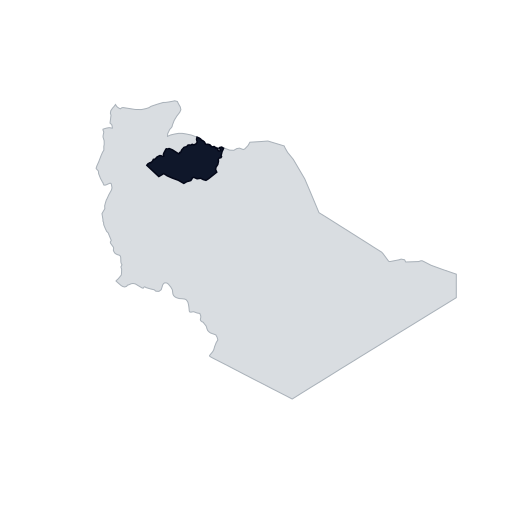 where Chari-Baguirmi sits in Chad, rotated 118°
{"feature_id": "TCD-5580", "entity_name": "Chari-Baguirmi", "entity_type": "Prefecture", "adm_level": 1, "iso_a3": "TCD", "parent_name": "Chad", "parent_adm1": "", "projection": "natural_earth1", "projection_center": [15.896, 11.139], "detail": "fine", "context": "in_parent", "style": "filled", "palette": "ink", "viewbox_px": 512, "rotation_deg": 118, "n_neighbors": 0, "source": "natural_earth", "source_scale": "10m", "svg_char_len": 6508}
<svg xmlns="http://www.w3.org/2000/svg" viewBox="0 0 512 512"><g transform="rotate(118 256 256)"><path d="M365.3,156.9L365.4,167.9L365.6,178.9L365.7,189.9L365.9,200.9L366.0,211.8L366.1,222.8L366.2,233.8L366.4,244.8L366.4,248.4L366.2,249.9L366.0,250.1L365.6,250.3L360.7,249.3L358.5,249.3L355.4,250.0L350.9,250.5L348.0,250.3L346.0,252.2L344.5,254.5L345.3,259.9L345.1,261.7L344.5,263.6L343.2,265.2L341.8,266.5L341.0,267.6L340.0,270.1L339.3,271.3L339.4,272.8L339.1,274.4L338.3,275.3L336.2,275.9L334.9,276.6L333.8,277.8L333.1,278.7L333.5,279.8L334.0,281.3L334.3,283.8L334.6,285.2L335.6,286.4L336.2,287.2L336.5,288.2L335.9,289.1L333.3,290.8L332.3,291.5L331.1,292.4L330.7,292.7L328.8,294.4L327.9,295.9L327.4,297.1L327.5,298.8L328.5,301.4L329.5,303.5L329.9,305.2L330.2,307.0L330.1,308.7L329.6,310.2L328.6,311.5L325.1,314.0L323.4,316.7L322.0,320.1L321.7,321.9L322.1,323.1L322.8,324.2L323.9,324.7L325.4,324.8L327.9,324.3L330.3,323.9L332.8,325.1L334.1,327.9L333.6,330.0L334.6,333.7L335.5,338.2L335.4,339.7L335.8,340.2L337.4,340.5L337.7,341.6L337.3,349.5L338.0,351.7L339.1,353.2L340.3,354.1L341.5,355.1L342.1,355.8L343.5,356.0L345.0,357.4L345.5,359.3L345.4,361.2L344.5,365.2L343.8,367.9L342.9,367.7L341.0,367.0L338.8,366.5L336.0,366.0L333.4,367.1L330.6,368.5L329.7,369.6L328.9,370.2L327.7,370.1L326.6,370.3L326.0,371.3L324.9,372.4L320.9,374.7L320.0,375.5L319.5,376.4L319.5,377.3L319.9,379.1L319.9,381.5L319.0,383.3L318.0,384.6L316.8,385.1L315.8,385.4L315.1,386.2L313.0,390.4L312.1,391.2L310.2,391.1L304.9,397.5L304.4,399.4L302.4,402.1L299.9,405.1L297.7,406.5L297.5,407.1L296.9,407.6L295.6,408.3L290.9,411.9L285.2,411.7L282.7,413.2L280.2,413.8L276.6,414.5L275.6,414.4L271.0,414.7L265.6,414.6L263.5,415.1L261.6,416.5L260.2,417.7L260.0,418.1L260.2,418.6L260.1,419.0L263.9,422.0L264.8,423.5L263.9,424.9L263.4,425.1L262.8,426.3L260.6,429.6L257.2,433.6L255.5,434.7L254.8,435.4L253.9,438.1L253.4,438.4L251.1,438.8L246.5,439.1L240.2,439.9L236.4,440.2L234.0,440.0L230.7,441.8L229.5,442.2L228.8,442.4L225.5,444.2L222.8,446.9L221.8,447.4L218.0,448.6L216.5,450.4L215.8,450.6L213.3,448.1L211.6,445.9L210.8,443.6L210.7,442.9L210.2,443.0L208.9,444.0L207.7,445.1L207.2,447.3L203.2,448.8L199.8,450.1L198.3,451.6L195.9,452.4L192.9,452.1L190.5,451.5L188.2,451.2L189.3,449.3L189.7,447.8L189.8,446.0L189.7,444.8L188.3,444.2L187.4,443.2L185.4,437.5L183.4,431.6L180.5,425.9L177.4,422.2L175.1,420.0L174.4,419.7L173.2,419.0L172.4,418.3L168.3,414.4L164.0,410.0L162.9,408.0L160.7,405.0L158.3,402.0L157.1,400.6L156.5,398.0L158.1,395.8L159.9,392.9L162.1,391.0L164.9,390.8L169.6,391.6L174.6,391.9L179.6,391.3L180.9,390.9L182.1,390.9L184.8,391.6L189.5,391.4L191.9,390.3L189.3,388.3L186.5,385.1L183.9,381.7L182.3,378.6L180.9,374.5L179.5,369.6L178.7,363.1L178.8,359.5L179.3,356.9L180.7,352.6L179.7,350.1L179.9,348.1L179.8,345.1L179.4,343.6L177.6,338.7L177.2,338.1L175.6,334.7L174.9,329.0L173.1,325.2L170.2,323.4L168.5,321.2L168.0,317.3L166.8,316.2L162.3,314.9L158.4,314.8L155.7,310.4L152.2,304.7L148.9,299.5L146.8,288.9L145.6,282.8L147.0,281.0L149.7,276.7L153.2,268.4L161.0,255.7L165.0,249.2L172.9,239.4L182.7,227.4L188.2,220.7L189.0,208.3L190.0,195.3L190.7,185.5L191.6,173.8L192.3,164.1L192.9,157.0L193.6,146.9L194.3,144.9L198.1,137.0L198.4,136.0L197.7,134.7L192.2,127.9L190.6,126.4L189.6,123.0L191.0,121.0L184.5,109.7L182.9,108.3L182.2,107.0L182.1,104.9L182.0,97.1L180.3,84.9L178.0,70.6L185.6,66.6L191.4,63.5L198.8,59.6L205.6,63.6L215.5,69.4L225.5,75.3L235.4,81.1L245.3,86.9L255.3,92.8L265.2,98.6L275.2,104.4L285.2,110.3L295.1,116.1L305.1,121.9L315.1,127.8L325.2,133.6L335.2,139.4L345.2,145.3L355.2,151.1L365.3,156.9Z" fill="#d9dde1" stroke="#a8b0b8" stroke-width="1"/><path d="M177.4,339.1L177.1,338.8L176.6,338.2L176.1,337.8L176.0,337.6L175.9,337.2L176.0,337.1L176.3,336.9L176.2,336.7L176.0,336.4L176.0,336.2L176.1,335.5L176.1,335.2L178.1,335.0L179.6,335.0L181.5,334.5L183.7,334.0L184.5,333.0L185.8,333.2L186.7,334.5L188.6,334.7L189.7,333.7L193.1,332.7L196.6,333.0L198.7,332.2L200.4,330.0L210.1,334.2L212.7,335.7L213.3,338.5L213.3,341.3L214.4,342.8L215.5,344.3L215.7,347.8L216.8,348.8L218.5,348.8L220.0,349.0L221.5,350.5L222.8,352.0L225.8,353.8L225.6,360.1L226.5,366.6L226.9,372.1L226.5,376.1L231.5,379.1L227.2,395.0L226.9,395.0L226.7,395.0L226.6,394.9L226.3,394.8L226.0,394.7L225.7,394.6L225.4,394.7L225.2,394.7L224.9,394.4L224.5,394.1L223.7,393.7L223.4,393.3L223.2,392.7L222.9,392.5L222.7,392.5L222.4,392.6L222.2,392.4L221.6,392.1L220.9,392.0L220.3,391.9L220.1,391.9L219.1,392.0L218.9,392.0L218.8,391.9L218.6,391.7L218.5,391.2L218.4,391.1L218.1,390.9L217.8,390.6L217.7,390.5L217.1,390.5L216.7,390.4L216.1,390.0L216.0,389.9L215.4,389.9L215.1,389.9L214.9,389.9L214.6,389.7L214.4,389.4L214.2,389.2L212.8,388.4L212.6,388.2L212.4,387.9L212.3,387.4L212.0,387.0L212.0,386.9L212.0,386.1L212.0,385.5L212.0,385.4L211.9,385.2L211.5,384.8L211.5,384.7L211.4,384.6L211.3,384.4L211.2,384.3L209.7,385.5L208.5,385.7L203.8,385.7L203.3,385.3L203.2,385.0L203.1,384.6L203.0,384.2L202.9,384.0L202.8,383.9L202.7,383.8L202.4,383.6L202.0,383.3L201.9,383.0L201.8,382.7L201.5,379.5L202.1,372.4L202.0,372.1L201.3,371.7L200.7,371.6L200.5,372.0L200.3,371.9L199.2,371.1L198.8,371.1L198.0,371.4L197.5,371.4L196.7,371.3L195.0,370.8L194.2,370.7L193.8,370.5L192.5,369.1L192.1,368.6L191.8,368.4L191.4,368.4L190.9,368.4L190.6,368.3L190.2,368.2L189.9,368.0L189.7,367.7L189.3,367.1L189.1,366.6L189.1,366.3L189.0,365.8L188.9,365.7L188.7,365.6L188.3,365.5L188.0,365.3L187.6,365.0L187.3,364.7L187.2,364.3L187.2,363.1L187.0,362.9L186.8,362.8L186.6,362.7L185.9,362.1L185.5,361.8L185.3,361.7L184.3,361.5L183.2,361.3L182.9,361.4L182.8,361.5L182.7,361.7L182.6,361.8L182.4,361.9L181.9,362.4L181.3,363.0L181.0,363.2L180.6,363.4L178.7,363.9L178.5,361.4L178.7,359.9L178.8,359.5L179.3,358.7L179.4,358.3L179.4,358.0L179.3,357.9L179.2,357.8L179.1,357.6L179.1,357.3L179.2,357.0L179.4,355.7L179.5,355.2L179.7,354.8L180.7,353.5L181.0,352.9L180.7,352.1L180.1,351.2L179.9,350.8L179.6,349.7L179.5,349.2L179.5,348.7L179.7,348.2L179.8,348.2L180.1,348.2L180.1,347.9L179.9,347.6L180.0,347.3L180.3,346.9L180.4,346.7L179.9,345.3L179.8,345.0L179.4,344.9L179.2,344.7L179.0,344.4L179.0,343.7L179.3,343.3L179.4,343.1L179.4,342.9L179.2,342.5L179.1,342.3L179.2,342.2L179.8,342.0L179.7,341.8L179.4,341.4L179.1,341.1L179.2,340.7L179.2,340.4L179.1,340.2L179.6,339.9L180.0,339.8L180.3,339.6L180.7,339.1L180.7,338.6L180.6,338.0L180.4,337.6L180.0,337.2L179.7,336.9L179.2,336.9L178.9,337.1L178.6,337.5L178.4,338.1L178.4,338.7L178.0,338.7L177.6,339.0L177.4,339.1Z" fill="#0f172a" stroke="#020617" stroke-width="1.5"/></g></svg>